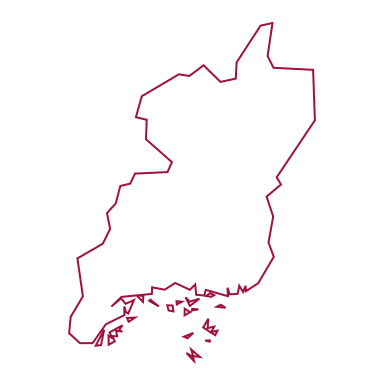 Cam Pha, Quảng Ninh, Vietnam
{"feature_id": "81297802B71504358310710", "entity_name": "Cam Pha", "entity_type": "district", "adm_level": 2, "iso_a3": "VNM", "parent_name": "Vietnam", "parent_adm1": "Quảng Ninh", "projection": "natural_earth1", "projection_center": [107.265, 21.066], "detail": "medium", "context": "isolated", "style": "outline", "palette": "rose", "viewbox_px": 384, "rotation_deg": 0, "n_neighbors": 0, "source": "geoboundaries", "source_scale": "gbopen_adm2", "svg_char_len": 1925}
<svg xmlns="http://www.w3.org/2000/svg" viewBox="0 0 384 384"><path d="M135.9,117.2L146.7,119.8L146.0,139.3L171.9,162.1L167.5,172.1L135.0,173.6L130.3,183.6L120.3,186.0L115.8,203.3L107.0,213.1L110.1,229.0L102.8,243.7L77.4,258.4L82.9,296.3L70.7,316.8L69.1,333.2L80.0,343.2L92.6,343.1L105.9,324.3L124.4,315.1L124.3,306.5L126.0,312.2L128.2,313.5L133.9,300.1L125.6,303.8L121.1,298.4L111.3,306.6L121.5,296.9L151.9,293.9L152.1,287.3L164.7,289.7L175.2,283.0L189.9,289.8L195.2,284.4L196.2,294.8L204.2,295.5L205.8,289.9L227.9,296.2L227.5,287.7L229.6,294.3L237.6,293.9L239.3,285.8L243.0,291.9L245.7,285.8L245.8,291.3L258.2,283.2L273.8,256.8L268.5,242.5L273.2,216.5L266.6,196.6L281.0,184.5L276.7,177.3L314.9,120.3L313.1,69.8L273.5,67.8L267.6,56.0L272.5,23.0L260.6,25.6L236.6,62.4L235.8,78.6L220.5,81.9L203.6,65.3L189.2,76.0L178.9,74.3L141.8,96.2L135.9,117.2ZM122.4,325.3L109.5,332.4L112.7,338.5L108.5,335.6L108.7,344.8L114.8,341.3L112.1,336.1L117.2,336.3L116.0,330.7L122.6,331.6L118.9,330.6L122.4,325.3ZM207.6,328.1L208.3,318.7L203.2,327.5L215.2,335.2L217.5,330.7L211.2,332.0L214.2,326.6L207.6,328.1ZM101.0,345.1L104.1,329.9L95.7,345.7L101.0,345.1ZM185.5,297.3L189.9,305.9L199.4,298.7L189.8,301.6L185.5,297.3ZM199.9,357.0L191.2,349.5L193.2,356.1L199.9,357.0ZM135.1,317.6L127.1,317.9L128.6,321.8L135.1,317.6ZM193.1,356.9L186.4,353.0L194.0,361.0L193.1,356.9ZM158.8,306.4L150.4,299.7L149.2,300.8L158.8,306.4ZM172.6,305.5L167.2,305.3L168.7,310.5L173.4,311.4L172.6,305.5ZM187.5,338.2L193.3,332.9L183.9,336.7L187.5,338.2ZM225.5,307.8L220.7,304.7L216.7,306.8L225.5,307.8ZM205.1,340.6L209.8,341.6L209.8,340.4L205.1,340.6ZM143.3,295.9L138.4,295.6L137.7,296.6L143.0,301.8L143.3,295.9ZM181.9,301.7L176.5,301.2L176.8,304.5L181.9,301.7ZM214.2,295.1L209.8,293.2L206.2,296.0L211.2,296.8L214.2,295.1ZM190.3,312.1L184.7,308.7L184.6,315.3L190.3,312.1ZM198.4,309.4L192.2,308.8L192.0,310.5L198.4,309.4Z" fill="none" stroke="#9f1239" stroke-width="2"/></svg>